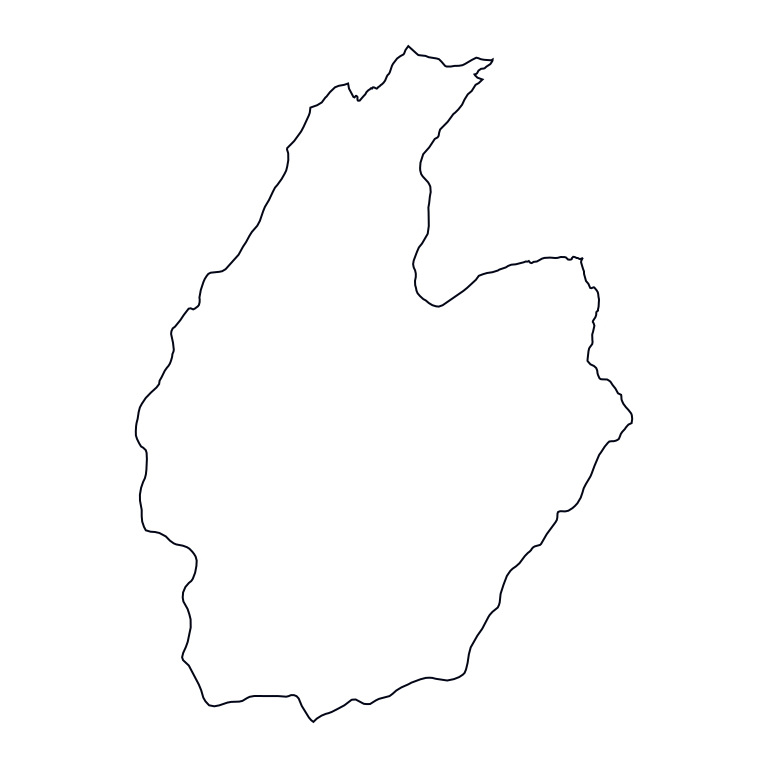 Umbita, Boyacá, Colombia (Natural Earth projection)
{"feature_id": "7082276B74523863570735", "entity_name": "Umbita", "entity_type": "district", "adm_level": 2, "iso_a3": "COL", "parent_name": "Colombia", "parent_adm1": "Boyacá", "projection": "natural_earth1", "projection_center": [-73.449, 5.226], "detail": "fine", "context": "isolated", "style": "outline", "palette": "ink", "viewbox_px": 768, "rotation_deg": 0, "n_neighbors": 0, "source": "geoboundaries", "source_scale": "gbopen_adm2", "svg_char_len": 6040}
<svg xmlns="http://www.w3.org/2000/svg" viewBox="0 0 768 768"><path d="M464.6,672.9L466.0,669.5L466.6,667.1L467.6,662.9L468.9,654.2L470.7,647.4L477.4,635.6L482.2,628.8L488.5,616.8L489.8,614.8L492.5,611.8L497.8,607.5L499.0,604.9L499.7,602.4L500.6,593.8L503.5,584.8L506.9,575.9L508.8,573.1L510.4,570.8L512.6,568.7L515.9,566.4L519.6,563.1L524.8,556.1L527.9,552.9L529.5,551.7L531.0,550.2L531.9,548.7L533.2,547.3L534.7,546.4L540.1,544.9L541.1,543.9L546.7,534.2L555.6,522.1L556.8,520.0L557.3,517.7L557.5,513.6L558.0,512.1L559.5,511.4L560.6,511.2L565.2,511.4L568.4,510.7L572.5,508.1L574.9,506.0L577.4,503.3L580.7,497.7L582.4,492.8L583.7,488.3L585.8,484.2L590.5,476.3L591.6,473.7L594.6,465.6L599.2,454.8L600.9,452.5L604.8,446.5L607.9,442.8L609.3,441.5L611.7,441.2L613.7,441.2L615.8,440.7L617.5,439.9L618.8,439.0L620.0,436.2L620.9,433.8L622.3,431.8L624.8,429.1L626.0,427.3L628.4,424.6L631.6,423.1L632.2,418.9L631.8,415.2L631.2,413.5L628.4,409.9L625.9,407.2L623.3,403.7L621.9,400.6L621.5,399.2L621.3,395.7L621.1,394.8L618.0,393.3L615.4,388.5L612.6,385.0L610.6,381.9L609.6,381.0L607.2,379.5L601.9,379.3L600.6,379.1L599.5,378.3L598.1,375.2L597.5,373.2L597.2,370.5L596.2,368.0L594.0,366.0L590.4,364.3L587.6,361.1L587.5,360.4L587.7,358.2L588.5,351.2L589.1,348.5L589.8,347.3L592.2,344.1L592.6,341.9L592.4,340.5L592.2,334.6L593.1,331.5L594.4,325.7L593.6,323.2L592.8,321.9L592.9,321.2L593.3,320.4L595.4,317.2L596.2,314.9L596.3,312.5L596.6,311.7L598.0,310.6L598.0,309.3L598.6,306.7L599.0,299.5L598.4,296.2L598.3,294.7L597.8,292.3L596.7,290.4L594.3,287.5L593.7,287.3L591.3,288.2L590.2,287.9L588.4,283.8L586.0,281.0L584.2,274.5L584.0,273.3L584.0,271.5L582.9,268.5L581.1,262.4L581.2,260.9L582.8,257.8L581.8,258.5L580.8,258.9L579.6,259.0L577.7,258.0L576.7,258.0L574.6,257.0L573.2,256.8L572.0,258.0L571.7,259.1L571.0,259.5L569.4,259.7L568.0,259.5L566.0,257.5L564.7,257.1L560.8,257.0L557.4,257.9L555.1,258.0L550.1,257.6L544.5,257.9L542.1,258.6L536.9,261.5L533.5,261.9L532.3,262.8L531.3,263.1L530.1,262.6L528.8,261.0L527.7,261.6L525.7,261.5L524.0,262.2L515.8,264.3L511.3,264.7L508.2,265.9L505.8,267.4L499.3,269.6L497.9,270.5L492.5,272.2L487.1,273.0L483.0,274.2L478.8,275.8L475.9,279.8L467.1,287.9L463.4,290.9L442.7,305.2L438.8,306.6L436.0,306.3L432.4,305.2L428.9,303.1L425.7,300.4L423.3,299.1L420.0,296.1L417.6,293.3L416.5,290.7L416.0,288.0L415.2,285.2L415.0,280.9L415.8,276.9L415.8,273.6L415.1,270.4L413.7,267.4L413.1,264.1L413.7,260.6L416.9,252.0L418.9,247.4L422.0,243.6L427.7,233.8L428.8,226.0L428.6,212.5L428.4,207.5L429.1,203.6L429.9,196.3L430.7,192.1L430.3,186.6L429.3,184.4L428.1,182.3L422.7,176.4L421.2,174.1L420.2,170.3L420.1,167.8L420.5,162.6L423.2,154.2L429.2,147.4L434.8,138.9L437.6,137.4L438.6,135.9L439.2,132.5L440.1,129.5L447.7,121.8L453.4,114.0L455.2,112.6L458.4,109.4L462.1,104.7L464.5,99.6L467.8,94.3L471.7,91.0L475.6,84.8L478.7,83.1L482.5,79.5L477.5,77.7L475.1,75.4L474.5,74.4L476.0,74.0L477.1,73.2L478.5,70.6L481.1,68.8L483.9,68.5L484.8,68.1L486.3,66.7L490.3,64.1L491.5,62.4L492.5,60.7L492.6,59.5L491.3,60.3L484.1,59.8L480.8,59.2L478.4,58.2L476.3,57.7L472.1,59.8L464.6,64.2L462.4,65.2L458.9,65.8L454.5,65.9L451.0,66.5L446.5,66.5L445.1,65.9L441.6,61.8L439.0,59.2L436.7,58.5L428.7,57.2L425.5,55.9L418.4,55.1L416.7,53.7L408.3,46.1L405.5,50.0L404.1,53.6L403.4,54.5L400.4,56.1L397.1,58.5L393.1,63.7L392.0,65.7L389.8,72.3L388.9,73.9L387.7,75.0L387.0,76.1L385.1,80.6L383.5,82.8L381.8,84.4L380.7,85.1L379.6,86.3L378.3,87.0L377.2,88.4L376.6,88.6L374.0,87.4L373.0,87.3L372.5,87.7L372.3,88.4L372.0,88.6L371.4,88.2L371.0,88.2L369.8,89.4L368.5,90.1L366.5,92.1L365.3,94.3L363.5,96.2L359.7,100.6L358.1,100.7L357.6,100.1L357.4,99.1L357.5,97.4L357.3,96.7L356.4,95.9L355.8,95.9L354.5,97.4L353.4,96.9L349.0,88.6L348.1,83.5L344.3,84.8L338.8,85.8L335.0,87.3L329.9,92.2L326.5,96.6L325.4,97.5L321.8,102.4L317.2,105.2L310.4,107.6L309.8,112.6L308.9,115.3L303.5,127.0L301.1,131.5L294.2,141.0L287.2,148.1L287.0,149.4L288.2,153.3L288.3,160.1L287.2,166.6L286.2,170.5L284.8,173.4L281.7,178.9L277.3,185.0L275.0,187.6L272.8,191.9L269.0,200.0L264.9,206.9L263.2,211.1L259.9,220.8L257.3,225.7L251.9,231.9L249.4,235.9L246.0,242.2L243.0,246.7L238.6,254.7L225.6,269.2L222.2,271.2L219.3,271.8L210.7,272.7L208.3,273.9L206.5,276.2L204.7,279.1L203.4,282.1L200.8,290.0L199.4,297.7L199.7,299.2L199.6,302.3L198.9,305.0L197.9,306.3L195.0,308.5L193.2,309.4L190.7,308.3L188.6,308.7L183.9,314.8L180.3,320.2L175.0,326.7L172.7,328.4L171.4,331.3L171.1,334.0L173.0,342.7L173.8,349.7L173.5,351.5L172.4,354.2L172.1,356.9L171.1,360.4L169.9,363.6L168.4,366.0L167.0,367.6L164.8,370.7L161.5,377.4L159.6,380.7L159.1,384.1L156.5,387.5L151.0,392.5L145.7,398.0L141.9,403.7L139.9,407.4L138.7,411.9L137.6,419.0L136.6,422.8L136.1,426.1L135.8,431.2L135.9,435.4L137.0,438.9L139.2,443.4L141.1,446.5L143.2,447.7L145.8,450.2L146.6,452.9L146.9,459.1L146.4,469.8L145.9,474.3L144.9,478.2L143.1,482.0L141.1,487.8L139.9,494.7L140.0,500.6L141.7,509.9L141.7,516.2L142.2,521.6L144.0,526.9L145.8,530.3L150.5,531.7L155.0,532.0L159.4,533.0L165.8,536.4L170.0,540.7L173.8,543.4L176.2,544.4L182.9,545.7L187.0,547.2L189.4,548.7L192.3,551.7L194.0,553.9L195.6,556.5L196.7,560.6L196.4,566.0L195.1,572.8L192.8,578.8L191.3,581.0L188.9,582.9L185.4,587.0L183.1,592.4L182.7,597.6L183.4,601.5L187.6,609.0L189.4,614.5L190.6,619.4L190.7,627.5L187.7,641.9L185.9,646.9L183.2,652.9L182.1,657.3L183.1,660.2L188.8,665.5L198.8,684.5L201.2,690.3L203.3,697.6L205.5,701.4L209.1,705.3L214.3,706.3L219.1,705.4L227.4,702.6L231.1,701.9L239.3,701.6L242.4,700.9L247.2,698.0L249.7,696.8L254.3,696.0L278.5,696.1L286.3,696.7L288.7,696.1L291.1,695.1L293.9,695.1L296.6,696.2L298.7,698.5L301.8,706.0L308.9,717.5L311.2,720.2L313.4,721.9L316.8,718.6L321.6,715.6L326.0,713.8L328.4,713.2L331.6,712.0L337.5,709.0L344.4,705.3L351.2,700.1L352.0,699.7L355.7,699.5L363.8,703.8L367.0,704.1L370.1,704.0L376.2,700.2L379.2,698.8L389.5,696.1L392.5,693.9L396.3,690.5L401.4,687.4L408.4,684.3L411.3,682.7L420.4,679.3L425.8,677.9L429.6,677.7L432.3,677.9L435.9,678.8L447.2,680.5L454.0,679.1L459.1,677.1L462.8,674.7L464.6,672.9Z" fill="none" stroke="#020617" stroke-width="2"/></svg>